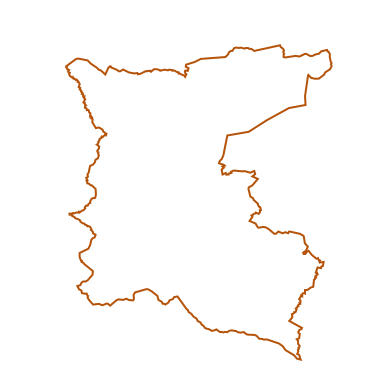 outline of Chai Badan, Lop Buri, Thailand, rotated 276°
{"feature_id": "78962969B13001003054051", "entity_name": "Chai Badan", "entity_type": "district", "adm_level": 2, "iso_a3": "THA", "parent_name": "Thailand", "parent_adm1": "Lop Buri", "projection": "robinson", "projection_center": [101.171, 15.202], "detail": "fine", "context": "isolated", "style": "outline", "palette": "amber", "viewbox_px": 384, "rotation_deg": 276, "n_neighbors": 0, "source": "geoboundaries", "source_scale": "gbopen_adm2", "svg_char_len": 5860}
<svg xmlns="http://www.w3.org/2000/svg" viewBox="0 0 384 384"><g transform="rotate(276 192 192)"><path d="M304.0,53.9L303.6,54.3L303.0,53.8L301.5,55.3L300.9,55.2L300.4,57.0L298.6,56.2L297.7,58.0L296.6,57.4L294.7,58.4L293.3,60.9L293.8,61.4L292.6,62.0L292.6,62.9L292.0,63.1L291.8,65.2L291.1,65.2L291.3,65.9L290.7,66.7L290.0,67.3L289.4,67.0L289.2,68.0L287.7,69.0L285.9,68.7L285.5,69.5L285.5,68.8L284.5,68.4L283.7,70.1L282.3,69.6L281.3,71.1L280.4,71.2L280.5,72.4L280.0,71.6L278.9,73.0L277.9,72.3L277.4,73.5L275.2,73.9L274.7,74.7L275.1,75.0L273.9,75.0L273.1,76.1L268.9,74.4L269.8,75.4L269.4,76.1L268.2,76.2L267.0,77.5L266.4,76.7L264.6,76.7L264.0,78.5L262.4,78.8L262.7,80.5L260.3,81.5L259.7,82.7L256.6,82.7L257.0,83.5L256.1,83.9L255.8,84.9L254.9,85.0L254.6,84.3L253.8,85.6L251.1,85.5L245.5,89.7L246.4,92.4L245.9,94.0L244.7,96.5L242.9,97.4L240.8,100.9L239.4,100.5L239.9,99.6L237.3,97.4L237.7,96.4L236.1,96.1L235.2,94.5L233.7,94.5L232.5,93.6L231.7,94.0L229.8,93.0L228.9,93.5L228.8,93.0L227.5,95.0L225.7,94.9L223.1,93.5L222.2,93.7L221.6,94.8L220.4,94.6L218.9,95.5L215.7,94.9L214.0,92.7L211.2,92.2L209.0,90.8L207.3,87.9L200.5,87.2L198.4,86.2L196.3,86.9L195.0,85.3L193.3,86.5L193.3,86.0L192.1,85.9L191.8,86.5L189.7,86.9L189.6,88.4L188.0,90.7L188.2,91.6L184.9,95.8L179.5,96.7L176.4,96.4L175.7,95.9L175.6,94.1L174.7,92.8L171.5,91.6L170.6,92.0L169.3,90.3L167.5,89.7L167.3,87.9L165.4,87.0L164.5,87.5L162.4,85.9L161.9,84.4L160.3,82.8L160.6,81.7L159.6,81.7L159.6,79.3L158.4,77.0L158.7,75.9L158.2,75.6L157.6,72.4L156.6,72.7L156.9,73.8L156.2,75.4L155.7,75.3L154.6,78.0L153.8,78.5L152.7,82.7L151.9,83.8L150.9,84.0L149.5,86.3L149.3,88.3L148.4,88.8L148.1,90.5L147.0,91.5L147.4,92.0L146.7,94.3L144.4,95.9L143.7,95.5L142.3,97.4L140.6,97.9L139.4,100.6L136.6,99.9L135.9,98.4L134.0,96.9L128.8,96.3L124.8,94.9L119.6,86.6L115.8,87.0L112.1,88.7L112.1,89.7L110.7,89.7L110.4,91.2L108.9,92.6L103.0,101.7L99.2,101.7L93.1,97.3L91.9,95.6L91.6,93.0L90.2,91.6L87.7,90.7L86.5,87.8L83.3,90.0L82.5,92.3L80.0,93.1L79.6,96.5L80.0,97.8L77.7,99.0L77.6,99.5L76.1,99.2L73.9,100.8L69.7,105.4L71.0,111.1L70.0,114.7L72.2,119.0L72.1,120.0L70.4,122.4L76.5,128.3L77.5,130.0L77.5,134.8L79.0,138.0L78.0,140.5L78.0,144.7L79.5,145.4L83.6,144.7L86.2,145.9L90.6,156.7L90.6,158.7L88.9,162.4L85.1,168.4L81.2,169.9L79.7,173.3L77.8,174.5L77.9,176.4L77.3,177.3L79.6,180.1L81.8,180.9L83.6,184.2L85.6,185.2L86.6,188.5L75.4,198.5L74.2,200.2L72.3,201.2L70.8,204.1L68.4,206.3L66.4,209.9L64.3,211.1L63.1,214.1L61.1,215.5L60.5,216.9L57.9,219.5L57.2,223.7L56.0,226.1L56.7,228.7L57.9,230.5L55.6,234.5L56.0,235.9L55.6,237.7L56.4,239.4L56.2,241.5L58.0,243.9L58.5,245.9L58.3,250.4L57.4,252.2L57.2,254.8L58.1,258.2L56.3,260.8L56.0,262.7L56.4,269.3L55.7,271.3L53.1,274.2L53.2,277.3L52.7,278.6L53.2,282.0L50.4,294.4L48.0,298.5L44.6,301.4L40.3,310.6L37.2,313.9L36.6,317.6L41.2,315.6L41.9,313.6L44.7,314.4L46.0,313.8L46.9,314.5L48.2,314.2L48.4,314.8L50.2,315.1L52.0,313.4L55.2,313.0L56.5,311.6L57.8,313.9L62.2,314.0L62.6,313.0L63.7,312.3L65.9,313.1L67.1,315.2L68.3,315.6L73.9,302.2L77.8,304.9L81.0,304.2L82.2,306.2L83.2,306.2L83.4,307.5L86.1,308.3L86.7,307.6L87.0,308.1L87.7,307.9L89.4,309.6L89.7,309.1L91.2,309.7L92.0,311.3L93.2,310.6L93.5,311.4L95.5,311.2L96.5,309.8L99.8,311.2L99.7,312.2L100.7,311.6L100.9,312.3L101.5,312.0L102.9,312.9L103.0,314.5L103.6,314.1L103.1,314.9L106.3,314.6L106.8,317.3L109.4,320.1L110.4,322.5L117.4,322.5L118.0,323.3L119.7,323.3L119.9,324.2L121.3,323.6L121.8,324.6L123.3,324.8L123.4,325.4L124.6,324.8L124.2,324.1L124.7,323.5L130.1,324.8L129.8,328.3L131.5,328.5L132.1,329.9L136.2,330.2L135.2,326.4L136.4,325.8L137.3,326.4L137.9,324.9L139.4,324.2L138.7,323.0L138.9,322.4L141.9,317.8L145.7,314.1L144.8,312.7L142.2,311.1L142.0,309.5L143.3,308.9L145.6,311.6L149.8,312.9L152.8,309.6L159.6,307.8L160.6,306.4L161.7,303.6L162.9,293.4L162.6,292.5L161.1,292.0L161.7,288.9L160.4,286.4L161.7,282.0L159.3,279.9L159.0,278.3L163.3,271.9L164.6,268.8L164.7,266.5L163.5,262.3L163.7,261.2L167.3,258.5L169.2,252.3L173.7,254.7L174.9,253.6L175.7,255.1L176.6,255.5L177.3,257.3L178.2,257.6L177.2,260.6L179.2,261.8L181.0,261.3L181.3,262.4L184.0,261.5L184.2,260.4L186.2,258.9L187.2,258.8L190.7,254.0L192.1,253.5L193.6,250.5L201.0,247.8L202.5,248.0L205.1,251.5L211.9,256.1L213.8,250.4L216.4,253.0L219.4,251.7L217.3,247.9L218.3,241.6L217.8,240.2L217.7,231.2L216.1,228.6L215.1,229.2L214.1,226.5L213.3,226.6L212.8,224.4L214.4,223.6L212.6,220.6L217.4,219.1L219.5,221.1L220.5,219.7L221.6,221.8L222.4,220.5L223.4,215.8L225.4,216.2L228.3,218.3L232.0,219.4L251.9,221.2L257.8,242.1L271.2,258.9L285.6,279.6L290.4,295.8L299.3,294.4L319.8,295.2L320.6,295.5L317.9,298.7L317.5,302.3L318.0,306.3L322.5,311.1L324.9,312.0L328.6,316.5L331.7,317.7L333.6,316.9L334.9,317.3L336.2,316.3L341.0,314.8L343.5,314.7L345.7,313.2L346.0,312.1L347.4,311.5L345.5,305.9L342.8,303.8L341.7,300.4L340.0,297.7L339.6,295.3L341.3,291.2L341.2,289.9L338.0,284.8L338.2,280.8L335.6,270.9L335.7,269.1L337.7,268.7L339.0,269.3L340.6,268.1L342.4,268.7L344.2,267.3L345.4,265.1L347.1,264.2L338.8,239.1L340.5,236.1L340.4,233.7L341.1,232.7L340.7,230.0L340.1,229.4L340.7,225.2L340.1,223.6L340.3,221.0L339.6,219.0L336.5,217.3L336.4,216.0L334.9,214.2L332.4,213.4L329.7,211.1L325.3,186.9L321.6,181.1L318.0,172.8L315.9,172.7L314.8,175.6L312.0,175.1L312.2,172.8L311.3,172.3L309.2,173.0L308.6,174.1L305.8,173.1L307.1,172.0L308.1,168.0L308.8,167.1L308.5,166.3L309.7,166.0L309.5,165.2L311.1,161.2L310.5,159.8L311.1,159.5L311.3,157.8L311.2,156.3L310.5,155.5L310.8,151.8L309.3,147.8L309.8,147.6L310.4,144.2L310.2,141.5L308.0,139.3L308.2,138.6L307.4,138.5L308.1,136.3L307.3,134.6L307.5,133.7L304.0,128.0L303.4,125.9L304.6,125.3L303.9,122.4L304.3,116.8L306.6,110.7L304.6,108.0L304.4,106.5L305.4,105.2L307.5,98.4L308.5,98.0L308.4,97.2L306.7,95.8L299.8,93.5L303.3,88.8L303.9,86.5L305.7,84.3L309.1,77.9L312.0,74.4L312.8,64.7L312.0,62.6L304.0,53.9Z" fill="none" stroke="#b45309" stroke-width="2"/></g></svg>